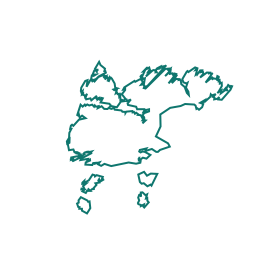 outline of Sund nor, Hordaland, Norway, rotated 125°
{"feature_id": "86288312B82260053973659", "entity_name": "Sund nor", "entity_type": "district", "adm_level": 2, "iso_a3": "NOR", "parent_name": "Norway", "parent_adm1": "Hordaland", "projection": "robinson", "projection_center": [5.059, 60.233], "detail": "fine", "context": "isolated", "style": "outline", "palette": "teal", "viewbox_px": 256, "rotation_deg": 125, "n_neighbors": 0, "source": "geoboundaries", "source_scale": "gbopen_adm2", "svg_char_len": 5853}
<svg xmlns="http://www.w3.org/2000/svg" viewBox="0 0 256 256"><g transform="rotate(125 128 128)"><path d="M73.1,82.9L72.1,82.5L72.3,80.3L68.5,79.2L65.2,80.1L66.0,83.3L61.6,81.3L63.4,81.1L62.4,80.1L55.3,78.5L52.9,79.5L53.2,78.1L49.9,75.5L53.8,76.3L53.5,74.6L55.1,73.8L52.7,71.5L50.3,71.1L52.8,70.4L51.1,67.4L37.9,66.0L34.1,66.7L34.5,67.8L37.1,68.1L35.5,68.1L35.3,70.6L39.0,70.2L40.2,68.4L40.8,69.3L39.6,70.9L41.4,71.1L41.5,70.2L46.4,71.8L43.5,73.0L48.1,74.9L43.0,73.8L44.2,74.8L39.8,75.2L37.2,77.2L38.9,78.3L37.2,79.4L37.8,80.3L36.0,80.8L36.9,82.6L37.7,82.3L38.3,82.3L36.6,82.8L33.9,82.7L34.9,83.2L34.0,83.3L34.2,84.6L37.0,83.5L38.4,86.6L40.3,86.9L38.4,87.2L38.3,88.2L46.3,90.5L34.5,90.2L36.1,91.1L35.7,92.5L37.8,93.4L36.0,93.1L37.3,95.2L45.3,97.9L40.3,97.4L38.9,99.0L40.2,100.1L38.3,100.4L39.4,101.9L44.6,102.0L44.1,102.8L45.2,103.1L40.2,105.0L41.5,105.9L39.4,105.9L39.9,107.8L47.5,110.6L47.2,111.9L48.1,112.2L56.9,111.5L58.8,108.8L58.0,105.7L56.8,105.2L61.7,103.7L63.6,99.4L66.1,97.1L65.5,99.9L61.9,105.1L61.5,109.5L59.1,111.8L58.6,113.2L59.4,113.9L58.6,114.1L60.3,116.8L66.1,117.8L56.0,118.4L68.2,120.4L56.2,119.7L56.8,121.3L59.2,120.6L57.8,123.0L59.5,124.6L57.1,125.8L64.2,127.4L57.7,126.4L55.0,127.2L58.2,128.5L56.0,128.7L58.2,131.3L85.6,136.3L86.2,138.0L84.6,138.3L83.5,140.6L85.1,142.1L82.1,142.0L80.8,144.4L81.3,146.2L86.0,148.6L85.7,149.7L96.8,154.3L99.2,154.0L97.6,152.8L98.6,152.1L103.9,152.4L105.3,147.6L106.3,147.3L105.4,145.7L106.5,144.3L103.0,142.0L108.1,142.4L109.1,141.2L105.9,133.5L107.4,131.3L103.1,125.2L103.5,124.1L100.6,121.5L102.3,120.3L105.9,122.8L104.4,123.0L104.7,124.6L106.8,124.4L106.5,123.3L109.4,123.3L109.8,121.3L112.2,118.9L111.7,117.9L115.9,118.8L113.1,118.5L113.8,119.2L112.3,119.8L113.0,120.5L111.3,120.5L111.9,121.4L110.2,124.9L111.6,127.4L110.9,127.4L110.8,130.1L112.3,130.5L111.4,132.3L112.6,133.2L111.6,134.1L115.6,138.8L117.1,138.7L116.3,139.3L117.9,141.9L117.4,143.4L120.6,149.4L119.6,150.8L121.9,152.6L122.5,154.8L121.5,155.1L124.2,155.7L126.0,158.4L125.3,162.1L129.0,164.1L127.0,164.7L128.9,166.4L128.5,168.2L130.0,168.0L129.4,170.7L131.8,172.7L132.1,174.9L134.1,175.5L133.6,176.8L136.5,177.4L136.1,180.2L146.5,177.0L146.4,176.0L144.9,176.2L147.2,173.5L144.2,172.7L144.3,168.4L149.4,173.0L157.6,174.0L157.4,175.7L158.8,176.1L161.9,174.9L161.2,173.9L165.6,173.3L169.9,170.6L174.0,170.4L175.2,169.3L171.1,169.2L173.7,167.5L175.6,168.2L180.0,163.6L176.9,160.4L178.5,158.0L176.9,155.7L176.7,154.2L178.1,155.0L176.9,151.9L179.4,152.5L176.8,149.5L174.4,148.6L174.4,149.6L173.1,149.5L170.9,147.9L170.3,147.1L171.0,146.9L168.1,144.3L170.1,144.6L169.0,143.2L178.5,148.1L178.0,149.9L179.8,150.0L180.3,153.4L184.7,157.6L186.6,156.6L184.0,155.6L185.1,154.8L186.3,156.1L186.6,154.1L180.8,150.9L179.4,148.8L181.5,148.5L176.3,143.1L178.4,142.6L175.6,141.1L176.4,140.4L180.4,142.9L182.4,141.9L178.8,136.0L176.7,136.4L175.6,135.1L177.2,135.4L172.4,131.6L174.9,131.6L174.4,128.3L170.9,126.7L168.8,119.9L155.9,107.7L152.6,100.9L149.4,98.0L147.8,98.7L148.5,100.4L146.9,101.2L148.1,101.5L146.6,101.6L147.6,100.0L143.8,98.8L142.5,95.3L137.2,94.2L137.9,100.4L138.8,102.5L140.8,103.7L140.8,105.3L139.2,105.7L134.2,101.2L136.0,101.2L136.1,100.0L131.5,96.4L131.4,91.3L130.4,89.8L127.6,89.2L119.3,83.1L117.6,86.4L118.9,100.3L108.1,102.2L98.4,109.3L87.3,105.0L79.8,97.5L75.6,95.0L70.8,87.2L70.9,85.5L73.1,82.9ZM106.5,157.9L103.3,159.0L104.3,159.3L103.5,160.5L104.9,161.0L104.8,162.0L101.7,159.6L102.3,161.6L99.2,164.5L96.8,169.6L96.6,170.9L97.5,171.2L96.9,172.3L98.6,172.2L97.7,171.1L100.5,170.6L100.7,171.5L100.1,171.4L99.9,171.7L99.7,171.5L98.3,174.2L101.5,174.8L97.9,175.5L100.9,177.2L98.4,176.7L98.7,178.6L103.2,181.5L109.1,182.1L108.9,183.6L110.2,184.0L109.7,185.5L110.5,186.3L118.0,185.6L112.0,188.6L114.0,190.0L121.8,189.4L124.8,187.8L125.6,186.7L123.8,186.4L126.9,185.0L125.5,184.5L126.6,183.7L126.1,182.3L127.2,181.0L123.4,181.2L127.5,180.2L128.5,178.7L125.3,175.8L126.4,173.9L119.5,172.0L121.7,171.9L121.1,171.4L122.0,170.4L120.2,169.2L121.6,168.9L119.9,168.1L120.6,167.3L118.5,166.9L118.1,165.7L122.8,165.1L118.8,157.1L119.8,154.7L117.4,149.0L110.5,149.0L108.1,146.4L108.4,149.2L110.2,149.7L105.5,153.3L107.2,153.3L105.2,155.0L106.2,155.9L105.3,157.4L106.5,157.9ZM82.6,136.2L54.6,132.6L60.4,134.0L57.3,134.5L59.3,136.5L61.1,136.1L62.0,137.0L60.0,137.1L62.5,138.4L64.6,138.5L65.9,136.4L66.5,137.2L65.6,137.3L65.6,140.0L66.6,140.8L75.5,142.9L67.3,142.3L69.8,143.7L67.5,143.8L66.3,145.3L69.8,146.9L67.0,146.7L67.8,147.1L72.8,147.9L71.9,147.0L77.8,145.9L77.3,147.2L78.6,147.3L79.6,145.8L78.8,144.7L79.8,144.2L77.6,142.7L83.4,139.9L84.7,138.1L82.6,136.2ZM188.1,120.2L183.8,118.2L185.4,120.0L182.5,120.6L184.6,126.6L186.6,127.3L185.8,128.3L186.5,130.3L193.3,130.1L198.3,132.5L196.3,133.5L198.9,134.0L200.0,133.4L197.5,130.4L201.4,131.5L202.9,128.6L204.3,131.3L205.1,131.0L203.6,128.3L206.0,128.9L205.4,125.3L203.0,125.5L201.6,123.5L201.7,125.1L200.8,125.3L201.0,122.9L198.8,122.4L197.0,120.3L197.7,121.8L192.7,121.2L192.0,123.0L189.1,120.2L188.0,122.2L186.5,122.3L188.1,120.2ZM160.2,92.9L165.4,87.3L165.8,84.9L164.2,83.4L164.6,78.7L161.4,77.0L161.7,75.7L148.8,77.7L152.3,83.2L156.2,85.1L154.7,89.7L160.2,92.9ZM221.5,112.6L215.3,112.9L210.2,117.4L211.3,118.3L210.7,119.8L211.7,126.9L215.6,127.0L217.4,125.6L219.1,126.4L221.2,123.5L220.6,122.3L222.1,121.6L220.6,119.4L222.1,118.3L221.5,112.6ZM104.6,187.6L102.7,185.0L105.1,186.1L105.9,187.7L109.1,186.3L108.5,183.8L106.1,182.2L102.7,181.6L95.4,177.9L94.4,179.2L94.9,180.0L92.6,180.9L92.2,186.7L90.4,189.6L98.3,189.0L98.6,187.4L97.2,185.7L98.5,186.7L99.8,185.9L99.3,188.1L100.2,188.6L104.6,187.6ZM183.8,69.1L177.0,68.4L176.5,70.4L174.3,72.1L175.4,72.9L171.4,74.3L173.0,75.1L172.4,79.2L173.5,80.5L176.8,77.9L175.6,80.1L176.3,80.5L179.2,79.7L180.9,77.3L183.8,76.8L184.4,75.9L183.7,73.3L184.6,72.7L181.5,71.1L183.5,70.4L183.8,69.1Z" fill="none" stroke="#0f766e" stroke-width="2"/></g></svg>